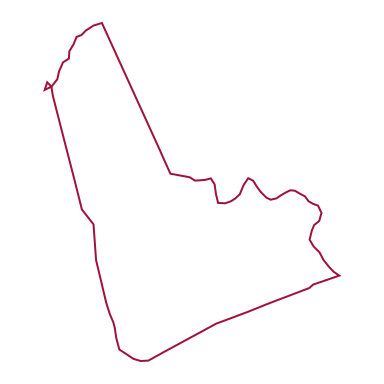 the district of Taquarana, Alagoas, Brazil
{"feature_id": "56859067B58643827659067", "entity_name": "Taquarana", "entity_type": "district", "adm_level": 2, "iso_a3": "BRA", "parent_name": "Brazil", "parent_adm1": "Alagoas", "projection": "equal_earth", "projection_center": [-36.481, -9.612], "detail": "fine", "context": "isolated", "style": "outline", "palette": "rose", "viewbox_px": 384, "rotation_deg": 0, "n_neighbors": 0, "source": "geoboundaries", "source_scale": "gbopen_adm2", "svg_char_len": 1108}
<svg xmlns="http://www.w3.org/2000/svg" viewBox="0 0 384 384"><path d="M328.9,266.7L323.7,260.3L319.5,252.3L313.7,246.6L309.6,239.7L311.8,230.6L314.2,225.0L319.2,221.0L321.5,212.9L318.0,205.6L312.8,203.7L308.5,201.2L304.9,196.3L299.9,193.7L294.9,190.7L290.3,190.3L286.1,192.3L281.4,195.0L276.4,198.4L270.7,199.7L266.3,197.6L260.8,192.0L256.6,186.3L253.2,180.7L248.2,178.2L243.5,185.3L239.8,194.3L235.1,198.6L231.1,201.2L225.2,203.3L218.1,202.9L216.0,194.3L214.6,184.3L210.8,178.4L205.1,179.9L199.9,180.3L194.9,180.6L189.8,177.3L170.4,173.7L163.7,158.9L159.3,148.9L101.9,23.0L93.4,25.6L85.8,30.6L81.5,35.0L76.6,36.9L73.6,44.2L69.4,51.2L68.9,58.6L63.0,62.4L59.1,71.2L57.3,79.3L51.4,86.7L52.9,96.0L62.7,134.3L74.1,178.4L81.9,209.5L93.5,224.3L95.6,253.6L96.1,260.3L98.0,268.2L100.2,277.3L106.2,302.7L109.8,314.0L113.3,322.3L114.8,328.0L116.2,337.6L119.3,349.5L133.6,358.9L140.7,361.0L148.4,360.6L165.0,351.4L216.3,323.6L247.7,311.9L266.6,304.3L276.2,300.6L309.3,288.0L313.1,284.6L339.3,275.6L333.8,271.9L328.9,266.7ZM51.4,86.7L47.2,82.3L44.7,89.9L51.4,86.7Z" fill="none" stroke="#9f1239" stroke-width="2"/></svg>